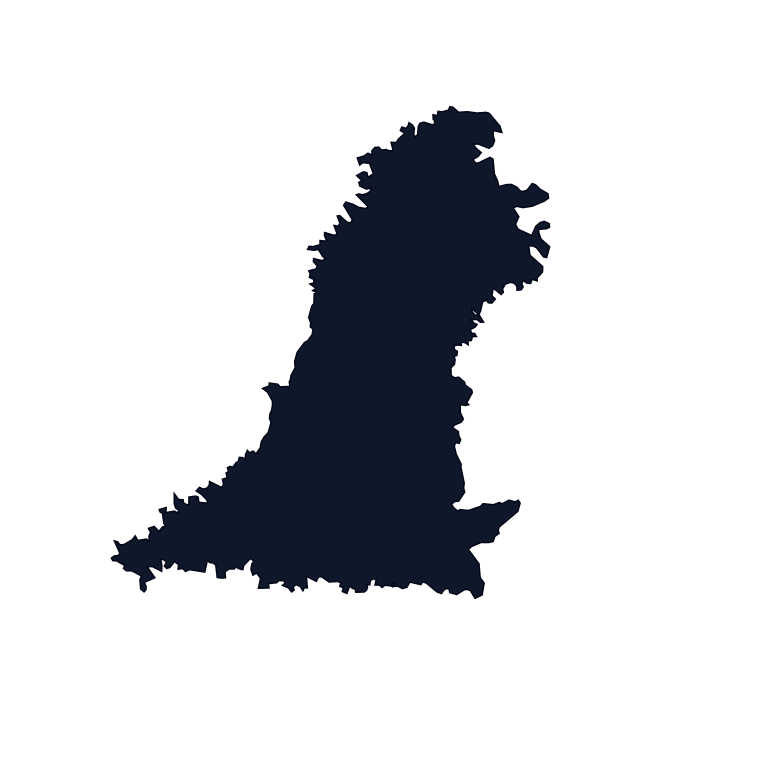 outline of Guaraniaçu, Paraná, Brazil, rotated 25°
{"feature_id": "56859067B51111314170692", "entity_name": "Guaraniaçu", "entity_type": "district", "adm_level": 2, "iso_a3": "BRA", "parent_name": "Brazil", "parent_adm1": "Paraná", "projection": "mercator", "projection_center": [-52.873, -25.047], "detail": "fine", "context": "isolated", "style": "filled", "palette": "ink", "viewbox_px": 768, "rotation_deg": 25, "n_neighbors": 0, "source": "geoboundaries", "source_scale": "gbopen_adm2", "svg_char_len": 6169}
<svg xmlns="http://www.w3.org/2000/svg" viewBox="0 0 768 768"><g transform="rotate(25 384 384)"><path d="M380.1,101.3L365.0,94.2L361.6,94.7L353.8,99.1L344.5,102.0L336.8,106.2L329.3,104.0L326.5,104.8L326.6,108.6L321.6,112.8L317.8,114.1L318.9,118.3L314.6,119.2L316.6,123.1L319.3,124.6L319.6,128.4L309.4,129.9L306.5,132.3L306.2,136.0L309.1,143.9L307.6,147.0L305.3,144.9L303.5,139.4L300.3,137.2L296.2,136.6L296.7,139.6L296.0,142.9L291.5,143.6L291.7,147.4L296.9,147.9L293.5,156.2L293.1,159.9L288.3,162.0L293.7,168.6L289.9,170.5L286.9,170.6L282.7,173.0L279.2,171.5L275.6,173.6L274.5,178.0L276.4,181.5L271.9,181.6L269.6,185.7L264.3,190.4L269.4,195.8L271.2,192.4L277.6,190.1L285.6,198.0L282.1,203.4L279.1,199.6L275.7,200.4L271.1,206.6L278.1,209.1L275.9,212.0L278.4,214.8L285.7,214.8L289.2,212.0L290.1,215.0L288.4,218.1L285.0,221.4L280.9,222.4L278.9,224.2L294.8,230.1L293.1,232.8L286.3,234.6L280.3,234.2L272.5,235.2L271.9,239.1L285.8,248.4L285.7,252.0L282.3,253.0L272.8,250.1L270.6,251.5L276.2,257.0L275.7,260.4L271.7,261.4L278.1,267.8L276.3,270.3L266.2,271.8L267.2,274.5L271.7,278.8L265.4,281.0L267.1,284.8L261.7,289.4L257.9,290.9L257.8,294.3L264.3,292.3L267.5,289.8L274.5,294.3L278.0,295.1L275.9,298.3L267.2,300.1L268.2,302.9L273.8,305.3L273.6,308.6L268.0,313.2L270.3,315.0L271.4,318.9L276.0,318.9L277.8,321.9L274.6,324.6L282.1,326.0L279.9,329.5L285.7,329.5L282.6,331.8L286.5,340.7L285.6,344.1L287.7,355.7L291.3,359.0L293.2,363.5L296.5,364.1L298.0,369.6L296.6,376.9L294.4,380.1L291.9,391.9L293.5,401.3L296.6,406.8L296.1,415.8L297.3,419.1L297.2,422.0L299.7,426.0L291.0,430.5L287.8,429.1L279.6,431.6L280.7,434.3L275.8,439.4L281.8,440.6L290.1,446.6L291.7,450.0L293.1,454.5L293.4,460.1L294.8,463.5L297.9,466.7L299.6,477.0L297.6,483.0L297.2,488.3L298.8,494.1L297.5,501.4L293.7,500.1L291.1,503.2L288.3,501.9L288.3,506.4L290.0,511.3L287.1,510.4L283.8,511.7L284.7,515.4L283.1,518.1L282.3,523.2L279.4,523.7L277.4,526.0L280.0,528.9L278.5,531.5L281.5,535.2L277.8,538.6L280.9,542.6L280.7,546.4L267.1,546.1L268.4,549.4L267.7,553.1L264.6,555.6L260.4,555.7L259.0,560.3L265.4,561.2L272.1,563.8L274.8,566.4L266.2,569.5L263.4,565.1L260.8,565.1L255.0,568.9L258.2,576.0L255.6,576.8L252.5,576.3L250.8,573.8L246.8,575.5L240.2,572.0L244.6,581.3L247.7,584.5L251.2,585.1L251.5,588.3L247.9,587.7L240.7,592.7L238.8,588.0L233.3,592.8L235.1,594.6L237.9,594.8L243.3,603.3L246.2,604.8L243.7,607.1L242.3,612.7L235.9,610.2L231.5,614.4L235.1,616.9L235.3,621.3L237.8,625.7L234.3,624.9L226.9,629.9L222.7,626.8L221.7,631.4L216.4,639.2L212.8,641.3L209.3,639.6L205.9,640.2L216.4,649.2L215.1,652.2L212.3,653.7L210.5,657.0L212.8,658.7L216.4,657.3L225.9,658.1L225.8,661.2L229.4,662.2L234.5,659.9L245.5,660.5L245.4,664.2L250.1,672.7L254.4,673.8L255.2,671.0L254.0,668.1L250.7,665.0L258.2,656.4L246.6,649.7L251.2,647.4L261.7,647.7L259.4,642.4L255.7,637.1L258.8,636.4L262.1,637.6L261.9,641.9L265.0,643.0L267.5,640.7L269.1,633.5L274.2,634.5L275.6,638.8L279.6,636.3L283.3,637.8L286.2,634.4L301.1,630.2L298.4,618.6L301.5,619.5L304.7,618.5L308.0,619.1L314.6,629.9L318.9,628.5L322.2,626.6L319.3,621.4L321.7,617.2L326.6,614.8L327.1,611.4L329.5,612.8L334.5,612.0L333.6,607.6L336.8,598.4L340.9,599.7L340.3,603.1L341.7,608.2L346.0,612.7L348.4,609.1L354.2,612.2L356.5,622.2L366.0,617.4L363.6,613.8L370.8,609.4L371.7,606.7L375.9,604.8L378.7,605.7L377.0,609.4L383.8,609.2L388.1,611.5L389.7,608.7L387.4,606.2L389.2,602.9L393.8,603.0L397.9,605.7L397.9,602.3L400.7,601.2L394.9,591.1L406.1,591.4L406.2,586.3L409.1,585.1L418.0,586.6L425.4,582.6L428.9,582.2L429.4,586.0L433.3,585.9L433.9,589.7L438.9,589.5L438.2,581.6L442.0,582.6L444.6,582.0L446.4,584.7L454.0,580.8L455.3,578.1L455.0,575.2L453.4,572.7L456.0,572.1L454.8,568.2L456.5,564.9L459.8,565.1L460.8,570.0L464.9,568.2L468.3,569.2L469.8,566.1L474.0,564.5L477.5,563.8L481.9,561.4L487.2,561.6L490.7,558.5L491.1,552.6L502.2,550.3L502.5,547.1L506.2,546.5L520.1,550.1L524.7,549.6L525.2,545.7L526.8,543.2L529.5,542.3L531.8,545.2L538.8,544.1L543.7,536.6L546.1,535.1L549.5,534.7L557.1,539.8L562.1,533.7L558.9,522.1L553.0,518.9L546.1,506.8L530.4,498.3L532.0,494.3L539.1,486.5L545.6,483.6L549.5,480.7L548.8,475.5L551.4,470.6L549.4,468.5L548.8,465.1L559.1,442.8L557.7,434.4L554.8,432.6L552.5,435.5L546.4,436.4L541.6,442.8L538.8,442.5L534.1,447.2L524.4,450.6L523.1,454.2L513.9,463.0L506.0,465.7L504.4,468.0L499.3,466.6L496.0,464.4L497.8,460.6L501.2,458.6L502.8,447.9L500.2,444.7L498.5,439.8L489.0,427.1L487.8,424.1L479.1,417.1L474.1,410.8L473.5,406.8L477.2,406.1L477.1,402.2L473.5,399.1L471.5,395.7L464.6,394.6L465.1,391.6L470.1,385.9L470.8,382.3L465.2,377.6L461.9,370.5L467.2,368.9L469.5,366.9L466.9,366.0L467.7,354.5L465.9,352.2L458.2,350.7L456.2,348.3L449.0,346.2L445.2,348.6L441.3,347.9L437.8,341.0L439.5,336.4L438.2,331.9L435.8,329.3L438.0,327.3L436.7,323.5L433.3,322.9L431.4,320.0L433.8,317.7L437.8,316.4L436.4,313.2L440.1,312.3L443.7,312.9L441.9,309.4L444.8,307.6L444.1,303.7L447.7,301.9L444.7,299.8L442.0,301.0L439.2,298.3L442.5,294.0L443.2,290.7L440.1,290.8L435.6,289.1L441.0,286.2L445.3,287.3L448.1,285.8L440.6,281.0L440.7,277.3L438.7,267.9L441.3,264.8L444.3,266.3L447.6,265.1L449.0,259.9L444.6,258.5L442.4,250.9L452.4,253.4L453.4,250.4L451.3,247.8L451.7,242.3L455.6,238.5L459.1,237.6L463.1,239.2L464.9,242.8L468.6,240.6L469.1,237.2L466.5,234.9L466.3,231.3L470.7,232.3L474.4,230.9L474.0,226.6L479.3,225.8L478.0,223.1L480.3,215.4L478.2,210.5L461.9,205.6L456.7,197.6L460.9,195.9L464.8,196.1L474.8,201.4L478.0,200.7L476.1,189.6L465.1,186.3L460.4,181.5L458.8,178.5L465.5,174.7L467.8,172.0L465.9,168.8L460.5,168.9L457.4,171.5L454.9,176.9L455.1,187.0L439.9,187.0L435.7,183.6L435.5,175.4L426.8,169.8L429.1,166.9L435.4,165.4L443.1,160.3L451.8,150.8L454.6,146.0L452.2,142.3L443.4,141.5L437.1,139.4L433.6,139.7L431.7,147.9L428.6,150.8L425.9,151.4L421.1,149.4L415.1,149.3L410.7,151.5L404.6,156.6L401.3,152.1L395.2,146.9L387.8,134.1L384.2,133.8L376.4,143.5L373.8,145.1L369.7,143.0L373.2,137.8L374.3,133.2L367.3,131.2L363.7,128.9L367.9,126.7L379.6,126.0L381.7,122.0L381.4,116.7L378.2,113.1L375.8,108.2L384.5,106.2L380.1,101.3ZM440.6,281.0L437.7,283.1L433.5,281.4L431.6,278.8L440.6,281.0ZM477.5,563.8L475.4,561.4L477.8,560.1L477.5,563.8Z" fill="#0f172a" stroke="#020617" stroke-width="1.5"/></g></svg>